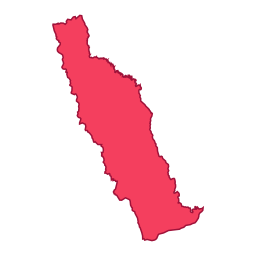 the district of Almeirim, Pará, Brazil
{"feature_id": "56859067B32800664380983", "entity_name": "Almeirim", "entity_type": "district", "adm_level": 2, "iso_a3": "BRA", "parent_name": "Brazil", "parent_adm1": "Pará", "projection": "equal_earth", "projection_center": [-53.769, 0.405], "detail": "fine", "context": "isolated", "style": "filled", "palette": "rose", "viewbox_px": 256, "rotation_deg": 0, "n_neighbors": 0, "source": "geoboundaries", "source_scale": "gbopen_adm2", "svg_char_len": 5708}
<svg xmlns="http://www.w3.org/2000/svg" viewBox="0 0 256 256"><path d="M85.2,129.7L85.6,130.5L87.0,130.4L87.5,130.8L87.7,131.9L88.4,132.1L89.7,133.2L91.8,135.9L92.1,138.0L92.9,139.0L93.7,142.0L94.3,142.2L95.1,141.7L97.9,144.5L101.6,144.6L101.1,145.6L101.2,146.1L102.7,147.1L103.2,148.4L103.4,150.3L102.9,152.4L102.3,152.7L101.5,152.5L101.8,153.8L101.7,154.3L102.0,154.6L101.6,155.8L101.9,156.2L102.8,156.4L103.2,157.5L103.8,158.2L104.1,160.4L103.2,162.1L104.4,163.5L104.8,164.2L104.8,165.2L105.6,165.9L106.0,167.3L105.6,169.3L105.9,169.7L105.9,170.7L105.0,171.8L104.9,173.1L105.9,173.1L107.8,174.2L109.2,173.5L109.8,174.0L110.0,175.6L111.1,176.4L111.4,179.8L112.2,178.9L113.4,179.0L113.0,180.5L114.8,180.2L115.3,180.5L115.6,181.3L117.2,181.3L117.0,183.0L115.5,189.1L114.1,190.3L114.2,190.7L113.4,191.9L114.2,193.8L114.8,193.7L115.2,194.7L116.8,195.3L119.7,200.1L121.7,200.2L125.5,197.8L129.6,199.7L130.2,201.2L130.6,205.1L131.5,207.1L132.3,207.9L132.2,210.1L133.0,210.9L134.7,211.7L135.1,213.4L137.5,218.0L138.2,221.9L137.9,222.8L138.7,223.9L139.4,225.9L139.4,226.9L140.1,227.6L141.8,232.6L142.6,235.8L142.7,239.0L143.9,238.7L144.7,240.1L147.1,239.4L151.9,240.6L154.6,240.0L155.7,239.4L156.7,238.4L158.2,234.8L158.9,234.1L163.6,232.9L168.5,230.5L179.5,229.2L181.1,228.2L183.8,227.3L185.8,225.4L190.4,224.6L192.3,223.6L195.0,222.8L196.3,221.3L198.3,218.2L198.8,216.3L198.9,214.6L199.9,212.9L201.7,211.6L202.8,210.3L203.1,207.6L202.0,208.5L199.0,209.0L197.5,207.2L196.7,208.9L196.3,209.1L196.0,208.6L196.0,206.9L195.2,206.6L194.9,207.0L195.2,208.5L195.0,209.2L193.5,209.1L192.5,209.5L192.2,210.2L192.9,211.7L192.6,212.5L192.0,212.5L190.9,212.1L190.5,211.6L190.6,209.8L190.1,208.0L189.0,208.1L188.0,207.1L186.2,207.3L185.5,206.9L184.2,207.0L183.1,206.4L181.9,206.4L181.0,203.6L179.3,202.6L178.3,203.0L178.2,202.6L178.7,201.7L178.8,200.9L178.6,198.6L178.0,197.8L177.8,197.1L178.2,196.3L179.2,195.9L179.2,194.1L178.6,192.9L177.2,191.6L176.7,192.2L174.9,193.1L174.1,193.1L173.9,192.7L174.0,191.9L174.8,190.6L174.7,189.3L175.5,187.3L175.6,186.1L175.5,184.6L174.9,183.1L175.2,182.4L175.1,181.2L174.6,179.0L174.0,178.4L172.3,178.7L171.2,179.5L170.6,179.5L169.1,176.9L169.1,175.9L168.6,175.5L168.1,174.4L168.2,173.4L167.8,172.5L168.7,170.7L167.9,168.8L168.6,166.4L168.3,164.5L166.4,163.1L165.8,162.4L165.6,161.1L162.7,158.5L162.1,156.6L161.1,156.2L160.1,156.8L159.0,156.2L157.5,151.1L157.3,147.6L155.8,145.8L156.0,144.0L155.3,143.5L154.4,140.8L152.8,138.8L152.3,136.9L152.8,135.3L152.1,134.1L151.3,133.4L151.1,131.8L149.8,129.6L149.7,129.2L150.3,128.1L150.0,125.9L150.5,124.1L149.9,123.4L150.3,122.4L150.2,121.9L150.7,120.9L150.5,119.2L150.8,117.9L151.8,116.2L152.3,113.6L151.7,112.9L151.1,113.1L150.4,111.3L149.4,110.3L149.1,109.3L148.5,109.0L148.2,108.4L145.9,106.3L144.8,104.6L140.7,101.0L140.7,98.3L140.0,97.4L140.0,96.3L140.3,95.6L139.8,94.9L139.7,94.3L139.0,93.3L138.8,90.8L139.1,89.9L139.6,89.4L140.6,89.7L141.1,89.2L141.3,88.1L141.0,87.3L140.4,86.9L140.1,84.8L139.6,85.4L138.3,85.0L136.3,86.4L135.8,86.4L135.5,85.6L136.4,83.9L136.1,83.2L135.1,82.7L134.9,81.5L136.0,80.7L135.8,79.8L135.0,79.3L134.6,80.0L133.6,78.9L132.2,79.4L131.9,80.1L131.5,80.0L131.0,79.3L131.8,78.6L131.9,77.1L131.7,76.3L131.2,76.5L130.8,78.2L130.4,78.1L130.1,77.4L129.6,77.9L129.2,77.5L129.1,76.9L129.8,75.8L129.0,75.1L128.7,75.3L129.0,76.4L128.4,76.9L128.4,77.4L127.5,77.0L127.2,76.3L127.0,76.9L126.8,76.9L125.7,75.5L124.9,76.0L125.5,76.6L125.5,77.1L123.9,77.1L124.1,76.4L122.5,76.6L122.9,74.9L122.2,74.5L122.1,73.9L121.3,73.8L121.1,74.5L120.5,74.8L120.4,74.5L120.8,74.1L120.9,73.2L119.9,73.2L119.9,72.6L119.4,72.4L119.1,73.0L118.7,72.6L118.3,72.8L118.0,72.1L118.2,71.3L117.8,70.6L117.1,70.7L117.4,71.2L117.2,71.6L116.6,71.2L116.0,71.9L115.5,71.5L115.1,71.8L115.2,72.3L114.9,72.2L114.9,70.2L114.4,69.0L113.8,68.9L113.7,68.6L114.3,66.9L113.6,67.4L113.3,66.9L113.1,66.6L113.5,66.0L113.1,65.5L113.2,65.2L112.7,64.9L112.7,64.3L111.7,64.1L111.2,63.4L110.9,65.1L110.4,63.9L109.4,63.1L109.4,62.5L108.8,62.5L108.6,62.1L108.1,62.3L108.0,60.8L107.0,60.8L107.4,60.0L107.1,60.2L106.3,59.7L106.3,59.1L105.0,59.2L104.7,58.5L103.7,58.0L103.3,58.9L102.7,58.2L101.9,58.1L101.5,58.5L100.4,58.2L100.1,58.6L99.6,58.4L99.4,58.8L98.7,58.8L97.6,57.6L96.3,57.3L96.3,56.9L95.9,57.3L95.1,56.9L94.2,57.1L93.5,57.7L92.5,57.9L91.7,57.8L91.4,57.4L90.7,57.6L89.7,57.4L89.3,56.2L89.6,55.8L89.5,55.4L90.1,54.5L89.8,54.5L89.9,54.1L89.4,53.5L89.4,52.2L89.0,51.3L88.7,48.9L89.3,47.3L88.6,46.9L88.8,46.0L87.9,45.4L87.1,43.8L87.3,43.0L87.1,42.1L87.3,41.6L87.0,40.6L87.4,40.3L87.3,38.7L88.2,37.4L88.2,36.8L88.8,36.5L89.0,35.9L89.0,35.4L87.1,32.0L87.2,31.1L87.5,30.9L87.3,30.5L87.8,29.7L87.2,28.0L84.7,24.4L84.8,23.5L82.4,19.1L81.7,15.7L79.8,15.4L76.0,18.7L75.2,16.6L73.3,17.0L71.0,19.9L67.7,19.3L66.3,21.3L66.7,22.7L65.2,24.3L63.5,23.2L60.8,23.0L59.9,23.4L59.7,23.7L58.1,24.0L58.0,23.3L55.8,24.3L54.8,24.1L54.2,24.5L53.2,24.1L52.9,25.0L54.3,30.8L55.9,34.3L56.1,36.3L56.8,37.0L56.3,38.1L56.4,38.8L57.4,40.0L58.7,40.5L58.7,41.8L60.3,42.9L60.2,44.6L57.6,47.9L57.3,49.6L57.5,51.0L58.6,52.4L61.7,54.2L62.5,54.9L62.8,55.8L63.2,57.6L62.5,58.9L62.4,59.8L63.1,61.4L63.6,63.3L63.1,64.8L62.1,66.6L61.9,67.2L62.2,67.9L62.9,68.8L64.1,69.2L65.5,69.0L66.3,69.5L66.4,70.3L65.9,71.7L66.0,72.3L67.2,72.3L67.3,72.8L66.8,74.0L67.7,77.4L69.0,78.2L70.5,80.4L70.2,81.3L70.6,83.7L69.8,84.9L69.9,85.4L71.5,86.3L72.1,87.1L71.9,90.8L71.2,92.4L71.4,93.3L74.4,94.6L75.3,93.9L76.0,94.1L77.2,96.3L77.4,97.3L76.5,99.9L76.5,101.1L78.7,102.9L79.1,104.2L78.6,106.8L79.0,107.9L78.7,110.6L78.6,111.3L77.6,112.1L78.0,113.8L77.3,115.4L77.7,116.5L78.6,117.4L80.3,118.0L80.8,118.6L80.7,119.8L79.6,122.7L79.6,124.0L82.3,122.9L85.3,124.3L85.8,126.5L85.2,129.7Z" fill="#f43f5e" stroke="#9f1239" stroke-width="1.5"/></svg>